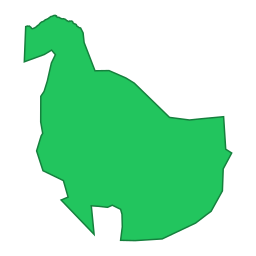 Darxan, Hentiy, Mongolia
{"feature_id": "93677404B15317120732328", "entity_name": "Darxan", "entity_type": "district", "adm_level": 2, "iso_a3": "MNG", "parent_name": "Mongolia", "parent_adm1": "Hentiy", "projection": "orthographic", "projection_center": [109.184, 46.592], "detail": "fine", "context": "isolated", "style": "filled", "palette": "green", "viewbox_px": 256, "rotation_deg": 0, "n_neighbors": 0, "source": "geoboundaries", "source_scale": "gbopen_adm2", "svg_char_len": 2054}
<svg xmlns="http://www.w3.org/2000/svg" viewBox="0 0 256 256"><path d="M80.6,28.0L78.8,27.5L78.2,27.1L78.0,26.7L77.7,26.5L77.3,26.3L77.0,26.1L76.7,26.0L76.6,25.7L76.5,25.1L76.2,24.6L75.7,24.2L75.1,24.0L74.6,23.9L74.1,23.7L73.7,23.3L73.3,23.1L73.0,22.8L72.9,22.5L72.7,22.0L72.6,21.6L72.3,21.4L72.0,21.2L71.4,21.0L71.2,21.0L70.6,21.2L70.4,21.2L70.1,21.1L69.8,21.0L69.6,21.0L69.4,21.3L69.2,21.5L68.8,21.6L68.6,21.5L68.3,21.3L68.0,21.1L67.5,21.0L67.2,20.7L66.9,20.7L66.6,20.5L66.4,20.3L66.1,20.0L65.6,19.5L65.3,19.3L65.0,19.2L64.5,19.1L63.9,18.8L63.5,18.7L62.9,18.8L62.1,18.8L61.4,18.6L60.6,18.3L59.9,17.9L59.6,17.7L59.1,17.4L58.7,17.3L58.3,17.3L57.8,17.4L57.4,17.3L57.1,17.2L56.9,16.8L56.7,16.5L56.6,16.2L56.5,15.9L56.3,15.8L56.2,15.9L56.0,16.0L55.7,16.0L55.6,15.9L55.5,15.6L55.4,15.4L55.1,15.4L54.7,15.4L54.4,15.4L54.1,15.4L53.8,15.6L53.6,15.6L53.2,15.8L52.9,15.9L52.5,16.2L52.1,16.4L51.8,16.4L51.2,16.4L50.8,16.6L50.2,17.0L49.6,17.5L49.1,17.7L49.0,17.9L48.8,18.2L48.3,18.5L47.4,18.9L46.5,19.4L45.8,19.6L45.3,19.8L44.9,20.1L44.5,20.5L44.2,20.7L43.8,21.1L43.2,21.4L42.8,21.6L42.2,21.8L41.7,21.9L41.4,22.1L40.4,22.9L40.1,23.2L39.1,24.4L38.7,24.9L38.2,25.2L37.3,25.7L37.1,26.0L36.7,26.5L36.2,26.9L35.5,27.3L35.0,27.6L34.6,28.0L34.2,28.1L33.7,28.2L33.2,28.5L32.8,28.6L32.3,28.7L31.9,28.5L31.6,28.4L31.4,28.1L31.3,27.9L31.0,27.6L30.9,27.3L30.5,27.0L30.0,26.7L29.7,26.4L29.4,26.1L29.2,26.1L28.8,26.1L28.6,26.2L28.3,26.3L28.0,26.3L27.7,26.1L27.4,26.0L27.0,26.1L26.7,26.3L26.4,26.4L26.1,26.5L25.7,26.6L24.3,61.8L44.3,54.5L51.6,50.1L55.4,54.7L51.4,63.0L47.3,81.1L44.1,91.4L40.8,96.3L40.7,121.9L42.7,133.4L41.2,135.8L36.6,150.9L43.0,170.7L63.4,180.6L68.1,197.1L61.1,200.0L94.1,234.4L91.3,205.8L98.6,206.3L107.6,207.3L112.3,205.2L120.6,209.3L122.0,214.3L122.3,226.8L120.6,240.3L135.2,240.6L162.2,238.9L195.7,223.0L206.5,214.7L211.1,211.3L222.4,190.9L223.2,168.9L231.7,153.0L225.7,149.2L223.6,116.7L202.0,118.7L189.5,120.0L169.5,117.4L134.2,83.1L126.1,78.1L109.0,70.6L95.0,70.8L84.1,42.5L83.1,32.9L80.6,28.0Z" fill="#22c55e" stroke="#15803d" stroke-width="1.5"/></svg>